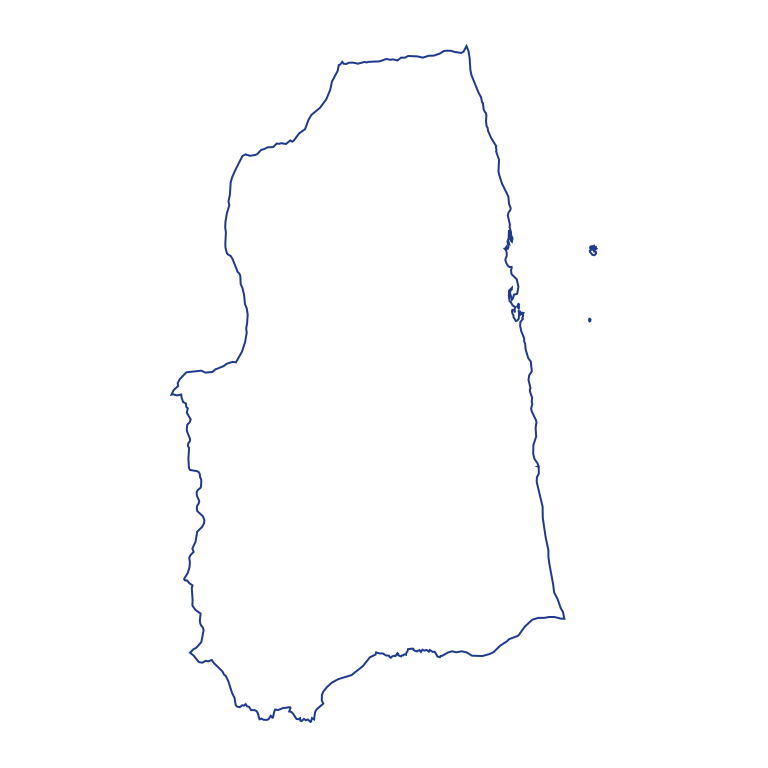 outline of Afabet, Semenawi Keyih Bahri, Eritrea
{"feature_id": "51966322B88342452003506", "entity_name": "Afabet", "entity_type": "district", "adm_level": 2, "iso_a3": "ERI", "parent_name": "Eritrea", "parent_adm1": "Semenawi Keyih Bahri", "projection": "equal_earth", "projection_center": [38.928, 16.403], "detail": "fine", "context": "isolated", "style": "outline", "palette": "blue", "viewbox_px": 768, "rotation_deg": 0, "n_neighbors": 0, "source": "geoboundaries", "source_scale": "gbopen_adm2", "svg_char_len": 6091}
<svg xmlns="http://www.w3.org/2000/svg" viewBox="0 0 768 768"><path d="M522.7,312.7L522.0,313.6L521.0,312.5L521.4,314.1L520.8,314.5L520.6,312.4L519.9,311.4L518.8,311.2L519.1,314.0L518.7,318.8L517.2,320.6L515.9,321.0L513.5,317.2L513.5,315.3L512.5,313.8L512.0,311.5L512.3,309.9L513.9,310.0L514.9,312.5L514.6,309.4L515.2,307.0L512.7,305.5L510.7,302.0L509.6,301.2L508.8,295.7L509.1,290.6L511.9,287.8L511.8,289.5L510.6,290.2L510.0,292.9L511.9,299.7L512.8,298.7L514.0,294.6L517.2,293.8L518.4,286.8L516.8,279.4L511.5,274.1L511.0,270.1L511.7,268.1L511.6,266.9L509.4,267.0L508.3,266.3L506.4,263.2L505.4,260.3L505.6,258.6L506.7,256.0L506.7,252.9L506.2,250.7L504.6,248.6L505.6,248.3L506.3,246.9L506.9,248.6L507.7,248.9L508.5,247.1L507.5,241.4L507.7,240.8L508.3,243.2L509.1,243.8L508.1,240.1L509.1,238.0L508.7,236.7L508.9,231.0L509.7,231.2L510.2,232.5L509.9,235.0L511.3,237.5L510.6,239.3L511.0,240.8L511.9,241.7L512.4,239.3L512.4,238.0L511.1,235.1L511.0,232.2L509.6,227.1L509.9,224.8L507.8,215.3L508.5,212.5L510.4,209.9L510.7,208.3L509.0,203.7L508.4,196.7L501.9,183.3L499.2,174.9L498.5,171.5L499.0,159.7L496.1,151.4L496.5,150.2L495.8,146.9L496.3,146.3L491.0,137.7L488.0,130.7L487.7,128.1L486.6,126.1L486.0,121.1L486.4,115.5L485.9,112.9L484.6,111.6L483.6,109.1L483.0,103.3L482.1,102.4L481.0,97.1L478.6,92.8L471.4,75.0L470.4,70.0L469.6,57.9L468.5,51.2L466.5,46.1L463.5,51.7L461.3,52.9L455.3,52.1L450.6,50.7L444.4,50.8L439.5,53.7L433.9,55.6L428.5,55.8L422.9,57.6L417.3,56.4L408.2,56.0L404.8,57.7L401.0,57.7L397.4,60.5L392.7,59.3L390.4,59.8L386.3,59.0L379.4,61.4L369.0,61.8L366.7,62.4L364.3,62.0L358.0,63.7L353.4,62.7L348.9,62.7L346.2,64.0L343.8,63.8L342.3,61.8L340.3,64.4L338.8,65.1L337.6,71.0L332.0,81.4L330.2,89.9L326.3,99.3L319.9,107.9L311.4,114.9L308.5,119.8L305.1,129.1L299.2,133.3L293.7,140.7L292.2,141.7L290.3,140.4L286.0,144.0L281.4,143.2L279.3,143.8L276.9,143.5L273.1,147.1L267.7,147.3L264.0,149.2L261.3,149.8L257.1,154.2L254.9,155.0L250.0,155.8L245.5,154.4L242.4,156.1L235.1,170.5L232.3,176.9L230.7,182.2L229.9,194.7L228.5,201.2L229.3,205.4L226.9,213.1L225.4,222.1L225.2,227.3L225.9,232.4L225.3,244.2L225.5,248.0L226.9,253.0L227.6,254.2L230.9,256.2L232.6,259.1L237.7,272.0L239.2,273.4L240.3,275.8L240.7,284.2L242.4,287.8L244.1,295.2L245.0,304.2L246.7,308.3L247.7,314.5L247.1,323.4L246.2,328.2L246.7,332.9L245.1,342.0L242.0,351.6L236.0,362.3L232.5,361.9L226.9,363.7L223.6,366.1L215.4,369.4L212.3,372.0L205.5,372.6L201.2,370.7L186.4,372.3L179.7,379.2L177.7,383.2L178.1,386.0L173.6,390.1L171.5,394.7L173.1,394.3L177.0,395.4L181.2,394.5L181.6,397.7L183.1,402.0L185.9,403.5L186.4,407.1L187.8,408.3L186.8,412.7L190.7,419.5L189.6,422.4L187.3,424.7L186.7,429.1L187.1,431.5L190.1,439.0L189.9,441.2L188.5,442.9L188.0,444.7L188.0,446.2L189.1,448.0L188.4,458.7L188.8,466.4L189.4,469.1L190.0,470.0L196.8,471.1L198.6,472.0L199.7,473.8L200.1,477.5L201.0,478.8L201.3,481.0L201.0,486.3L200.6,487.8L197.9,489.9L196.7,492.0L196.8,495.4L199.3,501.2L198.7,503.4L197.0,506.1L196.8,508.6L197.3,511.1L203.0,516.4L204.4,520.2L204.0,523.3L202.3,526.7L197.2,531.7L195.6,541.5L192.4,548.6L193.6,551.9L190.5,555.1L189.2,557.7L189.9,562.5L189.5,567.1L187.8,572.9L184.1,578.9L184.8,580.3L187.2,580.5L189.3,583.2L192.5,585.3L191.8,588.1L192.6,600.2L192.4,605.6L195.3,609.8L200.6,613.6L199.8,620.7L200.2,623.2L200.9,625.1L202.9,627.6L203.6,630.5L201.3,642.1L196.3,647.7L193.4,649.3L190.0,652.7L193.6,655.6L198.7,661.9L199.9,662.3L202.2,662.7L205.9,660.8L208.2,661.4L211.8,660.0L213.7,662.9L222.4,671.4L224.1,674.7L225.9,676.1L228.4,681.4L232.1,693.1L234.5,697.8L235.7,705.0L237.2,706.7L239.8,707.2L242.2,705.3L243.8,705.6L245.7,704.1L247.1,706.4L248.9,706.7L251.1,710.1L254.6,710.1L256.6,711.2L257.8,713.2L259.5,719.3L261.3,718.6L263.7,719.8L266.8,719.9L268.4,719.4L270.8,715.8L272.4,717.7L272.9,717.6L274.2,711.8L275.2,709.5L278.0,710.1L282.9,708.1L290.0,707.2L290.5,707.9L289.2,711.5L291.1,711.8L292.9,713.4L296.5,719.0L298.6,719.2L300.1,718.3L300.4,720.7L301.6,721.1L304.0,718.9L305.8,720.3L307.8,719.5L310.6,721.9L311.1,721.4L312.0,718.1L314.1,719.4L314.9,713.0L315.7,710.8L317.0,709.1L323.3,703.6L321.8,700.5L321.9,695.0L323.3,691.6L327.3,686.7L332.0,682.6L338.1,679.2L351.5,675.1L363.0,666.0L369.9,657.3L375.5,654.6L376.1,652.4L379.4,653.4L382.9,653.5L386.1,655.5L388.8,655.6L389.8,657.1L390.9,657.7L391.9,656.6L394.2,655.7L395.5,656.1L397.4,653.2L398.2,653.9L398.3,655.3L401.1,656.4L402.1,655.3L403.4,655.3L404.4,654.3L406.1,654.7L406.4,652.7L407.5,651.3L408.0,649.1L412.8,648.6L413.3,648.8L413.5,649.9L415.2,650.9L416.9,651.4L419.4,650.1L420.9,652.0L422.4,649.7L424.7,650.6L426.7,650.0L428.9,651.6L429.8,650.0L432.6,651.8L434.8,651.9L437.5,656.5L440.0,657.2L440.6,656.0L441.9,655.9L448.0,652.5L452.0,651.3L456.2,652.3L461.8,651.3L466.5,652.4L472.1,655.7L482.3,656.0L489.5,654.1L493.6,652.1L500.3,645.6L507.2,641.1L509.0,639.2L517.7,635.9L518.9,634.9L524.7,626.7L532.3,619.7L538.1,617.9L544.0,617.9L549.0,617.0L554.4,617.0L560.7,618.6L564.4,618.7L562.9,611.9L560.7,608.1L557.5,598.9L554.1,592.4L553.2,584.7L549.3,563.6L548.4,556.7L548.4,550.1L545.7,537.6L542.8,518.2L542.6,506.7L536.7,481.9L536.9,477.3L538.8,473.7L538.7,466.8L537.9,466.5L538.6,466.3L537.5,463.3L534.5,459.0L533.2,453.9L533.4,444.9L536.2,436.5L535.6,428.1L536.5,422.3L535.9,420.0L531.7,411.3L531.1,408.6L532.3,404.1L531.7,401.2L532.2,397.9L530.0,391.7L529.8,389.4L530.5,388.1L528.5,380.0L529.2,375.3L531.8,371.3L530.8,361.6L528.3,358.2L527.7,356.4L525.6,349.2L525.1,343.5L524.2,341.6L524.1,338.1L521.3,331.4L520.1,325.6L520.4,322.0L522.9,318.9L522.3,318.1L523.0,316.2L523.0,313.6L523.5,313.0L522.7,312.7ZM592.8,249.8L590.7,247.8L591.0,246.5L590.4,246.7L590.1,247.8L590.9,250.0L589.8,251.0L589.9,251.8L592.4,254.8L594.5,255.2L596.0,253.4L596.0,252.1L595.5,251.4L594.2,251.5L594.1,249.9L592.8,249.8ZM592.7,248.4L593.3,248.1L593.8,249.1L595.0,249.3L596.5,248.6L595.8,247.9L595.8,246.9L594.1,247.2L594.0,245.8L592.4,246.6L592.7,248.4ZM518.8,308.5L519.2,307.4L518.7,305.5L519.1,304.4L518.4,303.9L517.2,306.6L518.8,308.5ZM589.7,321.4L590.2,321.2L590.5,319.5L589.7,318.7L589.2,319.0L589.1,320.6L589.7,321.4Z" fill="none" stroke="#1e3a8a" stroke-width="2"/></svg>